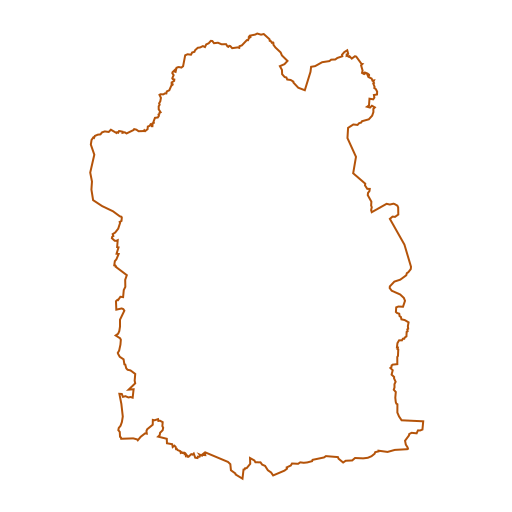 the district of San Miguel el Alto, Jalisco, Mexico, rotated 89°
{"feature_id": "50627088B47757986918048", "entity_name": "San Miguel el Alto", "entity_type": "district", "adm_level": 2, "iso_a3": "MEX", "parent_name": "Mexico", "parent_adm1": "Jalisco", "projection": "orthographic", "projection_center": [-102.412, 20.993], "detail": "fine", "context": "isolated", "style": "outline", "palette": "amber", "viewbox_px": 512, "rotation_deg": 89, "n_neighbors": 0, "source": "geoboundaries", "source_scale": "gbopen_adm2", "svg_char_len": 6021}
<svg xmlns="http://www.w3.org/2000/svg" viewBox="0 0 512 512"><g transform="rotate(89 256 256)"><path d="M438.2,377.4L434.7,374.4L431.4,370.0L431.7,368.3L429.1,368.6L427.3,367.8L422.9,362.2L418.1,362.0L418.5,360.4L417.4,356.8L419.2,356.5L419.0,354.9L420.5,352.2L424.4,352.6L426.1,351.8L428.6,352.4L431.1,355.0L433.4,355.4L434.9,357.0L437.2,348.4L441.7,348.3L442.7,343.1L445.5,342.6L444.2,340.9L445.4,339.7L447.6,339.3L447.4,338.6L448.6,337.9L449.8,335.1L451.5,334.7L450.9,333.7L451.6,333.4L451.9,331.6L452.6,331.6L451.4,331.2L451.8,330.4L452.9,330.6L452.8,329.7L454.4,329.6L453.8,328.9L454.6,328.0L455.5,328.0L455.6,327.0L453.0,324.2L453.5,322.9L452.4,321.7L456.6,320.3L457.0,318.0L455.6,317.6L455.7,315.9L454.3,315.3L453.6,315.8L454.7,313.4L454.0,312.8L454.2,310.2L452.2,310.5L452.3,311.5L451.4,310.3L461.4,287.6L463.7,285.3L469.8,284.8L473.1,280.4L474.1,280.2L478.4,273.4L469.3,272.2L469.1,271.0L468.1,270.7L467.9,269.0L463.7,265.4L457.9,265.5L460.4,261.2L462.2,260.2L462.4,255.1L464.7,253.5L466.0,250.6L470.4,247.9L472.7,244.7L475.7,242.7L471.1,231.3L469.2,228.7L467.9,229.0L466.1,224.9L464.1,223.6L464.5,217.5L463.1,215.4L463.6,211.9L463.3,208.4L462.1,203.5L460.8,203.0L458.6,191.5L457.3,189.6L458.5,177.6L460.1,177.0L464.0,172.5L462.3,169.9L462.1,163.4L459.7,160.5L460.2,152.3L459.7,147.7L458.2,144.0L455.8,140.9L454.2,140.2L453.5,136.9L452.8,136.9L454.2,127.9L452.3,120.6L451.8,108.1L451.4,107.4L450.0,107.8L447.2,109.5L443.3,110.2L438.1,106.2L436.7,105.9L435.5,103.5L436.1,98.5L433.2,97.1L433.3,94.9L432.4,92.6L424.2,91.7L422.8,113.3L418.9,115.8L415.0,117.4L406.7,117.2L406.0,118.3L404.5,118.8L400.1,119.2L394.4,118.6L392.1,120.6L389.8,119.8L386.6,119.8L384.2,118.6L380.8,120.1L379.4,120.0L377.0,122.5L372.6,121.3L370.3,123.6L369.4,122.5L367.8,122.3L367.0,121.2L366.6,116.6L359.4,116.5L358.4,115.8L352.0,115.4L351.7,116.1L350.0,115.7L349.9,116.7L345.6,116.1L342.8,114.4L342.9,111.6L341.3,110.6L341.3,109.2L340.2,108.8L339.0,107.0L334.5,106.7L333.9,105.7L332.0,106.0L331.4,105.1L328.9,105.4L325.0,104.6L322.6,108.5L321.9,111.7L319.5,112.2L318.6,113.5L316.2,113.8L315.5,115.9L314.4,117.1L309.8,116.7L309.0,114.5L309.3,109.9L303.4,107.8L300.5,108.9L297.0,112.5L293.1,120.9L290.4,122.9L288.7,122.7L284.0,118.1L282.2,112.2L277.9,106.1L275.8,105.5L274.9,104.0L271.8,101.5L269.5,101.2L247.2,107.4L221.2,121.5L219.0,118.8L219.3,116.3L217.0,113.0L209.9,113.0L208.1,113.8L206.5,116.5L206.1,117.6L206.9,121.3L206.1,124.5L214.2,139.5L212.1,140.1L209.3,139.4L207.5,140.0L203.7,139.7L197.1,143.2L194.9,142.9L193.0,141.4L190.9,141.1L190.8,143.6L187.3,145.8L185.6,145.5L175.0,157.4L158.6,154.3L139.7,162.5L129.5,161.7L126.2,156.4L126.7,152.2L125.0,150.6L124.4,148.5L123.1,147.7L121.3,140.8L117.7,137.4L114.1,136.1L111.0,136.1L109.5,134.6L107.8,137.5L109.6,139.4L108.7,142.3L107.4,140.4L100.7,139.8L101.4,136.1L99.7,134.9L97.1,135.3L96.6,132.2L93.8,132.0L91.2,133.3L90.1,134.8L88.9,134.5L85.6,135.7L85.1,135.0L83.7,135.6L82.5,135.0L82.7,136.5L80.6,137.3L79.0,140.5L77.0,141.3L77.2,139.8L76.7,139.8L75.5,141.3L74.4,144.0L74.8,144.9L75.7,144.2L76.0,144.7L74.8,146.8L72.4,146.2L67.2,147.6L65.9,146.3L65.7,147.2L58.4,152.3L58.0,153.6L60.3,156.8L58.0,158.9L58.6,159.4L58.0,160.5L57.0,160.9L57.4,161.9L56.1,161.8L56.2,160.9L55.4,160.3L51.9,161.2L53.7,164.2L56.3,166.5L57.8,166.2L59.4,171.2L60.9,173.3L61.0,177.4L62.4,179.2L63.4,186.5L67.2,193.6L67.8,197.6L72.8,198.3L91.1,204.3L88.5,210.8L83.2,215.6L82.3,215.6L80.6,218.3L80.1,221.7L78.0,222.5L77.6,224.2L74.7,226.7L70.4,226.8L66.6,228.8L64.7,224.2L61.5,221.1L55.9,226.6L52.9,227.8L47.8,233.0L45.1,234.9L43.2,234.9L42.7,235.4L43.1,236.4L41.1,237.7L41.1,238.5L39.4,238.8L34.2,244.4L34.8,247.1L33.6,250.9L34.6,252.9L35.6,258.4L36.3,258.9L36.3,258.0L37.0,257.7L38.1,259.3L40.1,260.2L40.0,261.4L45.2,266.5L45.9,268.8L47.6,269.1L47.1,270.7L47.8,276.2L45.7,278.0L45.4,279.1L46.4,280.0L45.9,280.9L43.7,282.2L43.7,286.8L42.1,290.3L42.5,294.3L40.3,295.9L40.1,297.4L42.5,299.6L43.6,302.1L46.2,303.4L45.2,305.4L46.5,308.2L46.8,310.6L49.2,313.3L50.8,314.0L51.4,316.3L53.6,317.5L53.1,320.9L54.1,323.3L65.0,325.6L66.3,327.3L65.7,329.9L66.4,332.2L70.5,333.2L70.2,334.0L68.0,333.3L70.7,336.2L71.7,336.5L73.7,335.2L76.8,336.6L77.6,336.2L78.1,334.6L79.5,334.8L81.0,337.3L82.5,337.4L82.7,336.4L83.2,336.3L84.4,337.8L88.8,339.8L89.9,342.3L91.9,342.8L91.8,344.1L92.8,345.9L92.6,348.7L93.2,349.7L96.2,348.3L99.7,349.0L101.7,350.2L103.1,349.7L104.6,350.7L107.7,350.7L110.6,348.9L111.0,349.9L112.2,350.1L112.8,351.0L114.1,350.6L115.8,351.8L116.1,354.6L119.9,356.1L121.0,355.8L121.4,357.0L124.4,357.3L124.4,357.8L122.4,357.7L122.3,359.0L124.0,360.0L124.7,361.9L127.3,362.2L129.2,364.7L128.3,365.5L129.1,366.0L129.2,371.2L127.6,373.4L127.0,375.6L127.9,376.2L131.2,383.3L130.0,385.1L130.5,387.3L129.4,387.2L128.8,389.8L128.7,390.8L130.3,391.6L129.8,392.7L130.6,393.3L127.2,398.9L129.4,401.1L128.8,405.0L129.7,407.8L131.7,409.4L131.9,412.0L133.1,415.0L135.1,415.9L134.6,416.6L137.1,418.4L141.7,419.2L151.9,415.9L169.7,420.3L178.7,418.7L186.7,419.4L197.3,417.9L203.4,409.0L208.8,398.2L214.0,391.4L214.4,389.9L215.3,389.5L218.6,389.9L219.6,391.7L220.5,391.3L226.3,393.3L230.1,396.4L231.6,398.9L233.6,398.3L234.2,399.4L235.7,399.8L238.3,397.0L238.4,395.4L237.8,394.0L244.7,394.7L245.0,393.3L251.3,395.4L251.6,393.3L257.0,395.7L258.6,397.2L262.8,397.9L262.9,396.9L263.9,396.2L264.3,396.5L272.9,385.5L277.5,387.2L284.6,387.2L287.7,388.8L294.8,389.6L294.4,392.3L297.7,394.7L297.4,395.3L298.8,396.8L307.2,396.6L306.1,391.2L306.8,389.6L308.4,388.6L317.3,393.1L324.2,393.2L328.7,394.0L331.3,395.2L333.0,397.7L335.9,393.3L337.4,392.6L342.3,393.1L348.2,394.5L350.5,395.9L351.4,395.6L354.4,394.0L357.0,390.2L362.0,389.5L362.3,388.6L366.0,387.7L367.5,386.4L368.2,383.5L371.8,378.8L378.5,379.5L381.2,379.0L387.4,385.7L387.1,380.7L395.5,381.8L394.8,383.9L395.2,386.0L393.9,389.0L394.5,391.5L391.6,392.6L391.4,395.0L401.6,393.2L414.2,392.0L419.7,393.0L423.4,394.4L425.5,396.2L427.7,396.7L429.5,395.3L434.4,395.1L435.1,394.2L436.4,394.0L436.2,381.9L437.3,378.1L438.2,377.4Z" fill="none" stroke="#b45309" stroke-width="2"/></g></svg>